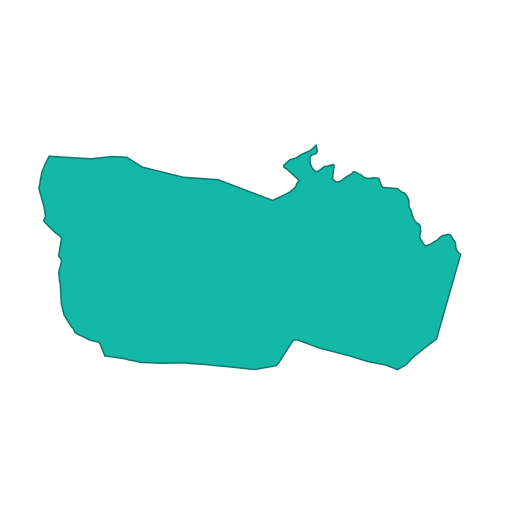 the district of Santa Cruz Tacahua, Oaxaca, Mexico, rotated 348°
{"feature_id": "50627088B55169322722407", "entity_name": "Santa Cruz Tacahua", "entity_type": "district", "adm_level": 2, "iso_a3": "MEX", "parent_name": "Mexico", "parent_adm1": "Oaxaca", "projection": "natural_earth1", "projection_center": [-97.457, 16.92], "detail": "fine", "context": "isolated", "style": "filled", "palette": "teal", "viewbox_px": 512, "rotation_deg": 348, "n_neighbors": 0, "source": "geoboundaries", "source_scale": "gbopen_adm2", "svg_char_len": 2738}
<svg xmlns="http://www.w3.org/2000/svg" viewBox="0 0 512 512"><g transform="rotate(348 256 256)"><path d="M337.8,160.1L334.4,162.4L330.9,164.2L322.8,165.8L316.9,167.9L315.7,168.5L309.1,168.9L306.4,170.5L301.9,173.1L301.9,175.1L304.0,177.1L311.2,187.2L313.2,189.7L313.5,191.3L311.0,193.7L309.4,196.2L307.6,197.7L302.2,200.5L297.6,201.8L283.8,205.1L234.8,173.5L201.3,163.9L163.4,145.5L150.0,132.5L135.4,128.7L114.6,126.6L74.4,115.4L72.4,117.9L71.4,119.2L70.5,120.3L68.5,122.8L67.6,124.2L67.0,125.0L66.6,125.7L65.9,126.7L64.1,129.2L63.0,132.0L61.3,135.8L60.4,138.2L59.6,140.5L58.7,142.3L57.7,144.9L57.9,148.1L58.5,156.3L58.8,162.0L58.8,168.4L58.4,172.2L58.5,173.2L57.2,175.0L57.1,175.3L56.5,176.0L56.0,176.6L55.6,177.4L56.0,178.1L56.5,179.1L56.8,179.8L59.1,183.2L61.3,186.7L63.2,189.5L64.1,191.0L67.5,194.6L68.8,196.6L69.5,198.2L62.9,215.0L64.6,218.2L64.7,220.4L62.5,225.6L60.9,228.0L59.6,231.5L59.0,236.4L58.6,240.1L58.8,242.2L55.7,262.4L56.0,273.8L60.9,287.2L62.0,288.4L63.0,293.1L66.6,296.6L67.5,297.0L69.4,298.4L75.0,303.0L75.8,303.5L79.7,305.6L84.1,307.4L85.1,309.1L87.4,322.4L95.4,325.1L100.3,327.0L103.9,328.3L106.8,329.5L109.8,331.2L114.1,332.8L120.4,335.7L123.7,336.9L123.9,336.8L125.5,337.2L140.1,341.0L143.5,341.7L147.2,342.4L152.1,343.3L159.1,344.7L161.0,345.2L164.1,345.8L170.7,347.9L174.5,348.9L184.5,351.7L195.2,355.3L204.8,358.2L230.9,366.7L233.1,366.8L253.0,367.5L253.5,367.1L255.3,365.9L275.1,345.9L279.1,346.7L299.5,359.6L328.0,373.8L343.0,382.3L360.6,389.8L370.8,396.6L380.3,393.5L387.3,388.6L388.8,387.6L404.0,380.0L415.3,374.7L456.4,297.2L456.3,296.3L455.0,295.4L453.8,293.1L453.3,290.9L453.4,287.5L453.8,284.9L453.1,282.5L452.0,280.0L451.8,278.8L450.5,276.0L450.1,275.3L447.9,274.7L446.3,274.8L444.8,275.0L443.4,274.7L440.7,275.6L439.5,276.2L436.3,278.3L434.2,278.8L431.8,279.6L428.7,280.9L426.6,281.2L425.1,281.0L423.4,281.2L422.3,278.7L421.0,275.2L420.6,274.0L420.1,271.7L420.3,270.6L420.9,269.1L422.3,266.4L422.4,264.2L422.8,261.8L422.7,260.1L422.1,258.9L420.7,257.8L420.0,256.9L418.9,255.1L418.4,254.0L417.6,251.1L417.5,249.2L417.3,245.8L417.0,243.0L416.4,241.1L415.9,239.5L416.7,235.9L417.0,233.6L416.9,232.2L416.5,230.3L415.9,228.5L414.6,225.8L413.8,224.8L412.6,224.3L410.6,222.4L408.7,219.6L396.0,215.8L394.7,215.4L393.8,214.5L393.3,212.3L392.2,205.6L389.0,204.4L386.8,203.9L383.8,203.8L380.1,202.9L376.9,200.8L376.0,198.8L373.0,196.6L369.6,193.9L368.5,193.9L366.6,195.5L361.0,197.3L356.0,199.6L353.1,200.6L350.0,200.5L347.9,198.3L347.0,195.9L348.9,190.0L351.2,184.1L350.7,182.5L345.2,183.0L341.3,182.8L333.7,186.4L331.2,185.1L329.1,181.3L328.3,176.6L329.4,170.2L331.5,168.9L334.0,168.5L336.2,168.3L336.7,167.5L337.8,166.3L337.8,165.1L337.8,160.1Z" fill="#14b8a6" stroke="#0f766e" stroke-width="1.5"/></g></svg>